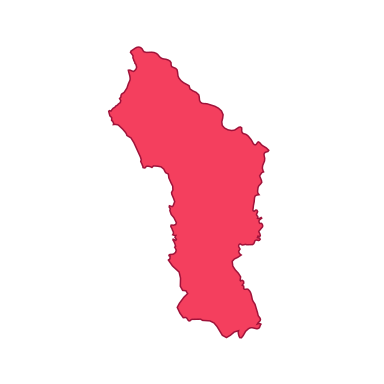 outline of Hamgyŏng-bukto, rotated 141°
{"feature_id": "PRK-3307", "entity_name": "Hamgyŏng-bukto", "entity_type": "Province", "adm_level": 1, "iso_a3": "PRK", "parent_name": "North Korea", "parent_adm1": "", "projection": "robinson", "projection_center": [129.506, 41.787], "detail": "fine", "context": "isolated", "style": "filled", "palette": "rose", "viewbox_px": 384, "rotation_deg": 141, "n_neighbors": 0, "source": "natural_earth", "source_scale": "10m", "svg_char_len": 4889}
<svg xmlns="http://www.w3.org/2000/svg" viewBox="0 0 384 384"><g transform="rotate(141 192 192)"><path d="M225.6,44.1L226.9,44.4L227.7,44.9L230.6,48.6L231.6,49.4L233.0,50.0L234.2,50.2L238.0,50.0L242.6,48.2L245.3,47.6L246.5,48.7L246.2,50.3L245.4,52.2L244.3,54.0L243.1,54.9L247.2,56.6L252.4,56.5L256.8,57.2L258.6,61.5L257.2,71.7L257.3,76.4L259.2,80.6L264.6,85.6L265.3,87.7L272.1,93.0L273.1,93.3L274.0,93.2L274.8,93.2L275.5,93.8L275.7,94.8L275.4,97.1L275.8,98.4L277.9,99.8L277.6,105.4L276.1,111.6L271.9,113.4L264.6,115.3L259.3,115.8L258.9,119.1L261.2,121.4L260.4,126.1L255.1,132.3L252.4,137.9L253.5,145.3L253.7,147.0L253.2,154.0L252.7,154.1L251.9,153.7L250.7,154.4L249.4,156.0L249.7,156.2L250.0,157.0L249.3,157.5L248.4,157.3L246.7,156.1L245.4,155.4L242.8,155.4L240.8,156.8L240.3,159.1L240.2,160.0L238.8,160.2L238.5,161.2L238.1,161.9L237.2,164.9L237.0,166.8L236.3,167.2L235.1,164.6L233.9,165.0L233.8,167.5L231.9,168.4L232.6,168.9L233.1,169.6L233.9,170.9L233.0,171.2L232.3,171.7L231.2,173.4L231.5,173.1L231.3,174.3L230.8,175.7L230.6,176.3L230.2,178.5L229.2,179.4L228.4,179.0L227.5,177.9L225.2,177.0L223.5,177.9L222.9,180.4L222.2,183.5L222.3,187.6L220.9,191.5L219.4,192.7L219.2,194.7L218.2,195.5L216.6,193.1L215.3,193.2L211.5,195.4L210.3,198.8L209.1,203.0L208.2,204.5L205.6,205.6L203.3,208.7L202.5,212.5L201.1,217.6L199.1,220.8L200.3,223.6L200.0,225.6L199.5,227.5L200.2,231.0L202.4,233.6L204.3,235.4L205.6,236.5L207.7,236.3L208.5,238.0L209.9,239.7L211.0,240.5L211.7,240.6L213.2,240.3L213.7,240.5L214.7,241.7L214.6,242.1L214.1,242.6L213.7,244.2L213.5,244.6L212.8,247.3L212.7,247.9L211.1,249.1L210.0,251.8L206.1,267.0L205.4,272.4L207.0,276.9L206.4,278.5L206.2,280.4L206.3,284.3L207.0,289.8L207.4,291.0L209.3,293.0L210.7,293.9L209.7,294.6L209.1,297.2L209.5,298.1L207.6,300.4L207.9,302.8L206.7,305.6L205.9,307.2L204.8,307.1L204.1,305.9L202.7,306.3L200.6,306.7L198.7,306.4L196.9,306.8L195.3,306.4L194.1,306.7L191.5,306.6L189.8,307.9L189.5,310.2L187.6,310.5L186.2,311.9L185.0,312.4L182.1,312.1L177.2,313.7L173.4,316.1L169.7,318.0L168.5,319.3L167.3,321.3L165.7,325.0L164.9,326.7L164.2,326.4L163.3,325.5L162.4,323.7L161.6,322.5L159.9,322.4L158.0,322.8L156.4,323.9L155.9,325.2L155.3,326.4L155.3,327.1L155.4,327.9L154.8,328.8L154.7,329.4L154.4,331.0L154.0,331.6L153.7,332.9L153.4,333.6L152.6,334.4L152.1,335.1L152.0,336.4L151.9,339.3L150.8,339.7L150.7,339.9L145.5,339.5L143.7,339.1L142.1,338.1L141.0,336.5L140.7,334.4L141.1,332.6L141.0,331.0L139.5,329.1L135.5,326.1L133.7,324.3L132.5,322.1L132.1,320.6L132.1,317.5L131.8,316.0L131.3,314.7L130.5,313.5L128.6,311.4L127.4,309.5L126.7,307.6L126.9,305.7L128.2,304.0L128.9,302.3L128.0,300.4L126.9,298.4L126.7,296.4L127.7,294.4L129.9,290.9L130.5,288.6L130.5,285.4L129.8,282.3L127.4,276.5L128.7,273.3L127.7,270.1L126.1,266.8L125.6,263.3L126.4,261.6L128.5,258.4L128.9,256.5L128.4,254.7L127.2,253.3L125.8,252.1L124.6,250.8L120.3,244.3L118.7,240.5L118.1,236.4L119.2,232.5L121.8,230.0L124.7,227.8L126.6,224.7L126.5,221.3L125.0,217.8L122.6,214.9L120.0,213.3L114.8,212.8L113.5,212.1L113.0,210.7L113.8,209.5L114.9,208.3L115.6,206.7L115.4,205.2L113.9,203.0L113.4,201.6L113.1,200.0L113.1,195.8L113.3,194.2L113.9,191.0L113.8,189.7L113.0,188.7L112.1,188.6L109.7,189.3L108.9,189.2L108.5,188.3L108.3,187.3L108.3,185.2L108.1,184.1L107.8,183.1L106.6,179.8L106.4,178.7L106.1,176.1L107.5,175.7L110.0,176.7L111.4,176.6L112.4,175.9L113.1,174.8L114.3,172.4L116.1,170.5L120.4,168.1L122.3,166.3L123.5,163.7L123.7,162.6L125.7,163.1L129.3,162.0L130.8,157.2L131.7,155.6L133.7,155.1L136.1,154.8L137.8,154.0L140.5,151.4L141.5,149.8L141.6,147.7L143.9,149.0L145.6,149.1L147.0,148.2L149.8,145.3L152.7,142.9L154.6,141.0L155.3,140.4L156.0,139.7L156.3,139.0L155.8,137.9L153.6,137.8L153.0,136.9L153.3,135.5L154.2,134.9L155.2,134.5L156.0,134.0L156.4,133.0L156.3,132.0L156.5,131.1L157.7,130.3L157.0,129.6L156.2,129.1L155.3,128.8L154.3,128.7L154.3,127.8L157.5,127.8L158.5,127.1L159.1,125.3L158.9,124.7L158.3,124.4L157.8,124.0L157.7,122.9L158.0,121.8L158.5,121.0L159.2,120.5L164.4,119.5L165.1,119.2L165.5,117.0L166.3,115.2L167.4,114.7L168.5,116.2L169.9,115.4L169.1,114.4L168.6,113.3L168.7,112.4L169.9,112.1L171.0,112.5L171.9,114.0L173.3,114.5L174.2,114.3L175.2,113.6L176.5,113.0L178.0,113.0L182.7,116.6L183.3,117.6L186.1,119.0L186.7,119.9L187.1,121.2L187.9,121.6L188.9,121.4L189.8,120.7L190.3,119.5L190.4,118.3L190.6,117.4L193.0,116.6L193.7,115.2L193.8,113.6L193.4,112.1L197.5,112.4L201.2,113.3L204.4,112.8L206.9,108.8L207.4,104.4L207.1,99.7L207.6,95.5L210.2,93.0L210.2,92.3L208.6,91.9L208.1,90.2L209.1,88.6L211.6,88.0L211.1,86.3L211.8,85.2L212.6,84.5L212.5,83.5L211.4,82.5L210.4,82.0L209.7,81.2L209.5,79.0L209.7,77.5L210.1,76.1L211.2,73.6L212.8,70.5L213.3,68.8L213.7,65.1L217.2,56.6L217.9,55.3L218.4,54.1L218.5,51.3L218.9,50.0L220.0,49.1L222.9,48.8L224.3,48.3L223.4,48.0L222.6,47.5L222.0,46.8L221.6,45.9L222.7,45.5L224.5,44.4L225.6,44.1Z" fill="#f43f5e" stroke="#9f1239" stroke-width="1.5"/></g></svg>